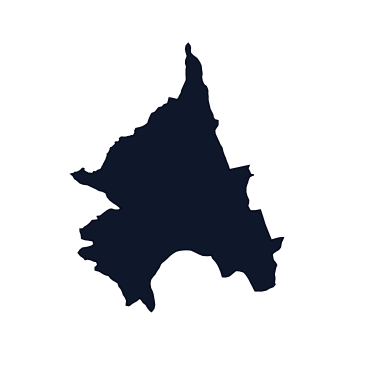 Ainamoi, Rift Valley, Kenya, rotated 297°
{"feature_id": "3690345B54801368411234", "entity_name": "Ainamoi", "entity_type": "district", "adm_level": 2, "iso_a3": "KEN", "parent_name": "Kenya", "parent_adm1": "Rift Valley", "projection": "natural_earth1", "projection_center": [35.277, -0.312], "detail": "fine", "context": "isolated", "style": "filled", "palette": "ink", "viewbox_px": 384, "rotation_deg": 297, "n_neighbors": 0, "source": "geoboundaries", "source_scale": "gbopen_adm2", "svg_char_len": 4712}
<svg xmlns="http://www.w3.org/2000/svg" viewBox="0 0 384 384"><g transform="rotate(297 192 192)"><path d="M227.6,118.4L225.1,115.8L223.0,113.2L222.1,113.5L220.8,113.2L219.4,114.2L217.9,114.4L216.8,114.3L215.9,114.2L215.1,113.7L214.6,112.4L213.3,111.5L212.6,110.3L211.9,109.5L211.1,108.7L210.3,107.6L209.9,106.7L209.5,105.9L209.2,105.0L208.7,104.1L208.0,103.7L206.9,103.2L205.7,104.0L204.6,104.2L202.9,103.4L202.3,102.7L202.1,101.6L201.3,101.2L200.2,102.2L199.0,101.8L198.2,101.6L197.1,101.1L195.4,100.5L194.4,99.5L193.5,99.5L192.4,100.0L191.0,100.0L189.7,100.0L188.5,99.8L187.4,99.3L186.4,99.9L185.1,100.3L183.5,100.4L182.4,100.6L181.3,100.8L179.8,100.6L178.7,100.8L177.8,100.6L176.8,100.5L175.8,100.8L174.9,100.7L174.0,100.5L172.1,100.8L171.3,100.5L170.3,100.3L169.5,99.4L168.1,98.0L167.2,98.0L166.4,97.6L166.0,96.7L165.4,95.3L164.4,95.4L163.0,94.5L162.5,93.3L162.0,91.8L161.2,91.2L161.7,90.1L161.6,88.6L161.6,87.4L162.0,86.0L162.6,85.4L163.7,85.0L163.4,83.8L162.2,83.3L161.1,83.1L160.2,82.7L159.2,82.0L157.4,80.8L156.3,78.8L155.3,78.4L154.3,78.2L154.0,77.1L153.1,76.1L152.4,78.9L150.7,81.4L150.3,84.4L149.3,88.1L149.7,91.5L151.2,95.7L151.3,100.9L151.5,105.0L151.3,108.6L152.2,111.9L152.2,115.8L149.3,118.8L147.7,122.5L147.5,123.4L147.1,125.8L146.8,127.2L146.7,129.2L146.5,130.7L146.1,132.9L145.7,134.5L145.5,136.3L142.4,134.9L140.7,131.3L140.2,128.2L139.4,127.0L138.7,126.3L136.0,124.6L132.7,123.0L128.9,121.3L127.2,118.8L125.0,121.6L122.9,118.7L121.2,116.1L117.7,115.3L114.2,113.8L111.8,112.2L109.6,111.7L108.1,109.1L106.1,110.3L104.0,112.6L100.6,114.8L101.1,118.3L102.3,121.5L103.6,126.0L100.8,128.5L98.3,127.3L96.2,125.2L94.2,122.8L92.2,119.9L89.5,118.7L86.2,118.3L84.7,121.8L84.3,125.4L83.3,127.4L84.9,129.3L85.8,132.6L86.0,136.1L86.8,138.5L84.6,141.1L82.1,140.7L80.9,140.0L78.6,141.2L79.5,145.5L79.1,149.7L79.1,152.6L79.9,155.7L78.5,158.7L77.9,161.3L77.8,162.3L77.8,163.9L77.4,167.5L74.8,170.0L73.5,173.1L71.8,175.2L70.9,176.2L69.5,177.5L68.1,180.2L65.7,183.2L65.0,183.5L62.4,184.4L61.4,184.8L62.1,187.2L63.0,187.9L64.0,188.3L66.9,189.8L69.9,191.9L73.9,193.6L73.4,194.9L72.9,196.3L71.4,199.0L70.9,202.1L68.9,205.2L67.8,207.5L67.3,209.0L67.2,210.2L70.9,210.8L74.3,209.9L77.5,207.8L80.3,205.7L82.9,203.8L85.3,201.5L86.9,199.3L87.9,198.3L88.8,197.7L91.2,196.0L93.8,195.1L95.4,194.8L96.4,194.9L99.3,195.4L100.4,195.7L101.7,196.1L103.7,196.2L105.1,196.3L106.5,196.4L109.5,196.9L113.4,196.6L116.1,197.3L117.9,198.3L120.1,199.1L121.6,199.7L125.3,200.9L128.7,202.5L132.1,204.6L134.6,207.4L136.9,210.9L138.5,213.8L140.0,217.6L140.2,222.6L140.2,226.2L140.6,230.4L142.3,234.4L144.6,238.1L142.6,240.4L141.9,242.2L141.0,244.6L140.5,245.6L139.0,248.2L137.4,250.3L136.6,251.3L135.0,253.1L134.5,253.8L132.7,255.5L130.4,257.6L131.8,260.6L134.3,263.3L142.1,266.7L143.5,270.1L144.3,274.3L143.3,277.2L142.1,279.6L140.3,282.5L137.9,285.7L135.7,288.9L134.9,290.0L134.0,291.1L132.6,293.2L134.0,295.8L135.5,298.9L138.5,302.6L141.5,304.4L144.4,307.1L147.1,307.9L148.9,306.3L151.6,305.4L152.8,304.8L153.9,304.1L156.2,302.4L159.5,301.6L162.7,300.7L165.2,300.6L165.9,299.7L166.8,298.3L168.0,295.4L170.4,293.4L172.8,291.6L175.3,292.3L177.8,293.7L180.1,295.2L182.8,295.8L185.4,295.0L188.0,294.3L190.5,294.3L191.8,294.2L192.7,294.1L191.1,291.3L189.8,289.7L187.1,286.8L184.9,284.5L196.4,271.4L202.1,265.9L207.0,261.0L204.1,257.3L201.6,252.6L202.7,250.8L203.2,250.0L205.0,247.7L207.6,247.3L210.4,246.1L213.4,242.4L216.4,239.8L219.0,238.6L219.9,238.0L223.5,237.2L224.4,237.2L227.3,236.7L228.1,236.5L231.6,236.2L234.1,238.0L235.3,239.3L234.2,236.3L236.0,234.2L236.6,233.4L238.4,231.0L241.4,230.8L228.7,215.2L232.6,211.4L234.7,208.8L237.9,205.6L238.5,204.7L241.8,201.1L242.6,200.5L245.0,198.5L246.8,195.3L248.5,193.3L251.1,190.0L254.2,186.1L257.4,184.0L260.0,184.2L260.9,184.3L262.7,184.6L263.7,184.5L265.1,183.8L267.3,182.7L266.6,179.4L267.9,177.0L270.0,175.6L271.6,173.6L273.9,170.4L277.7,167.2L281.0,164.5L284.4,162.8L285.6,162.0L286.7,161.2L289.2,160.1L291.0,158.5L292.4,156.8L293.1,153.5L295.6,150.5L299.0,148.0L301.6,147.3L302.7,146.6L305.5,144.6L308.5,142.7L310.7,140.0L313.1,135.7L313.9,130.8L315.2,127.3L317.8,125.8L319.6,125.2L321.3,123.8L322.6,121.2L319.6,120.5L318.6,120.8L316.4,121.5L314.5,122.9L313.4,123.9L311.1,126.2L308.4,126.5L306.7,126.7L305.8,127.0L303.4,128.2L301.7,130.2L298.4,131.3L295.5,132.8L294.2,133.4L292.9,134.2L291.6,135.0L289.0,136.3L285.6,136.4L284.8,136.5L281.7,136.6L278.5,136.8L277.6,136.9L275.8,137.5L274.9,137.6L272.2,137.4L271.3,137.4L269.4,137.6L267.4,136.7L266.7,133.2L265.5,129.0L262.3,129.8L259.6,130.2L257.0,127.6L254.0,126.8L252.0,124.2L249.0,123.5L246.4,123.0L243.6,120.6L240.8,120.6L236.9,120.9L233.3,121.5L230.5,120.3L227.6,118.4Z" fill="#0f172a" stroke="#020617" stroke-width="1.5"/></g></svg>